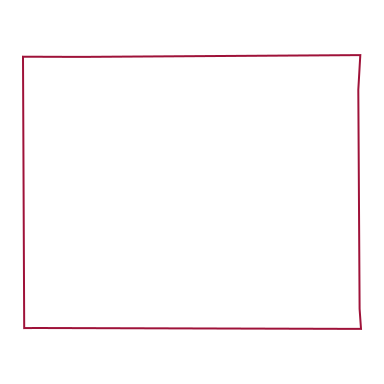 Hayes, Nebraska, United States of America (Equal Earth projection)
{"feature_id": "52423323B94723190981294", "entity_name": "Hayes", "entity_type": "district", "adm_level": 2, "iso_a3": "USA", "parent_name": "United States of America", "parent_adm1": "Nebraska", "projection": "equal_earth", "projection_center": [-101.069, 40.525], "detail": "fine", "context": "isolated", "style": "outline", "palette": "rose", "viewbox_px": 384, "rotation_deg": 0, "n_neighbors": 0, "source": "geoboundaries", "source_scale": "gbopen_adm2", "svg_char_len": 225}
<svg xmlns="http://www.w3.org/2000/svg" viewBox="0 0 384 384"><path d="M80.9,56.9L23.0,56.7L24.2,328.1L35.8,328.0L361.0,328.9L359.6,308.9L358.3,89.8L360.3,55.1L80.9,56.9Z" fill="none" stroke="#9f1239" stroke-width="2"/></svg>